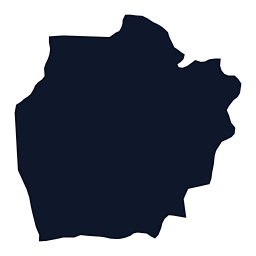 Juazeiro do Norte, Ceará, Brazil (orthographic projection)
{"feature_id": "56859067B35969232140200", "entity_name": "Juazeiro do Norte", "entity_type": "district", "adm_level": 2, "iso_a3": "BRA", "parent_name": "Brazil", "parent_adm1": "Ceará", "projection": "orthographic", "projection_center": [-39.273, -7.179], "detail": "fine", "context": "isolated", "style": "filled", "palette": "ink", "viewbox_px": 256, "rotation_deg": 0, "n_neighbors": 0, "source": "geoboundaries", "source_scale": "gbopen_adm2", "svg_char_len": 1542}
<svg xmlns="http://www.w3.org/2000/svg" viewBox="0 0 256 256"><path d="M154.9,237.6L157.9,234.3L160.4,228.1L161.6,223.1L164.2,218.1L168.5,214.4L173.2,214.8L177.2,215.5L181.3,216.2L185.4,216.9L182.9,198.8L185.7,192.5L187.7,188.2L208.9,183.5L210.7,178.4L211.5,172.1L213.0,164.6L214.0,155.5L215.4,150.4L221.3,141.2L227.5,138.3L231.2,136.4L233.9,133.4L234.5,128.0L230.5,123.0L228.4,115.8L225.9,110.1L228.4,105.6L233.2,99.4L236.7,96.9L239.2,93.1L239.8,89.4L240.6,83.9L238.1,80.0L234.5,76.3L228.2,76.3L223.9,74.5L220.9,70.8L219.3,65.7L219.9,59.3L215.0,59.3L209.3,60.1L205.0,62.3L200.8,62.6L195.3,60.9L191.5,63.8L187.7,66.5L182.8,68.5L178.2,67.9L176.4,64.0L179.8,61.8L182.9,58.7L183.9,54.8L180.7,52.8L177.6,50.3L173.6,47.7L171.8,43.7L168.7,37.4L167.3,32.7L164.2,29.6L161.2,27.2L156.7,24.5L153.1,22.9L147.1,19.0L142.3,16.6L135.6,16.1L130.1,15.4L125.6,15.5L123.4,20.1L123.2,23.9L122.0,27.6L119.8,31.6L116.0,33.3L109.8,37.8L63.1,36.2L49.7,37.1L49.7,42.3L50.9,48.9L50.1,54.6L48.5,59.3L46.4,63.6L44.8,68.3L45.4,76.3L42.5,80.0L38.7,82.7L35.9,85.7L33.7,90.6L31.2,94.6L28.4,97.0L24.7,99.4L21.3,102.4L16.8,105.2L15.4,112.6L16.4,129.7L17.8,155.3L18.7,170.1L27.5,189.5L30.0,197.4L31.3,204.8L32.8,211.8L36.6,226.9L40.0,234.9L39.7,240.6L46.3,240.2L50.2,239.4L54.6,238.6L58.6,237.8L63.3,236.7L68.2,236.7L74.3,236.7L80.4,234.3L88.1,235.1L93.4,235.5L98.9,235.8L104.5,236.5L110.6,237.9L115.7,238.2L119.5,238.2L125.1,237.0L130.1,235.1L133.1,232.8L137.2,231.8L142.1,232.3L147.0,232.8L151.4,235.8L154.9,237.6Z" fill="#0f172a" stroke="#020617" stroke-width="1.5"/></svg>